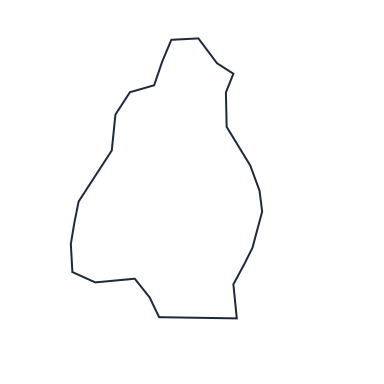 the district of Kaliana, Nicosia, Cyprus, rotated 303°
{"feature_id": "46923920B95377363284584", "entity_name": "Kaliana", "entity_type": "district", "adm_level": 2, "iso_a3": "CYP", "parent_name": "Cyprus", "parent_adm1": "Nicosia", "projection": "equal_earth", "projection_center": [32.874, 35.003], "detail": "fine", "context": "isolated", "style": "outline", "palette": "slate", "viewbox_px": 384, "rotation_deg": 303, "n_neighbors": 0, "source": "geoboundaries", "source_scale": "gbopen_adm2", "svg_char_len": 492}
<svg xmlns="http://www.w3.org/2000/svg" viewBox="0 0 384 384"><g transform="rotate(303 192 192)"><path d="M324.3,113.7L308.4,91.8L285.6,95.9L260.9,102.1L241.9,85.6L215.3,85.6L183.1,102.1L156.5,102.1L122.3,102.1L101.4,110.4L82.4,118.7L59.7,135.3L63.5,160.1L88.1,191.2L80.5,213.9L69.1,232.6L110.4,298.4L137.1,277.0L160.3,275.1L178.1,273.1L213.8,261.5L229.9,247.9L245.9,226.5L265.5,185.6L294.0,166.2L313.7,162.3L313.6,142.9L324.3,113.7Z" fill="none" stroke="#1e293b" stroke-width="2"/></g></svg>